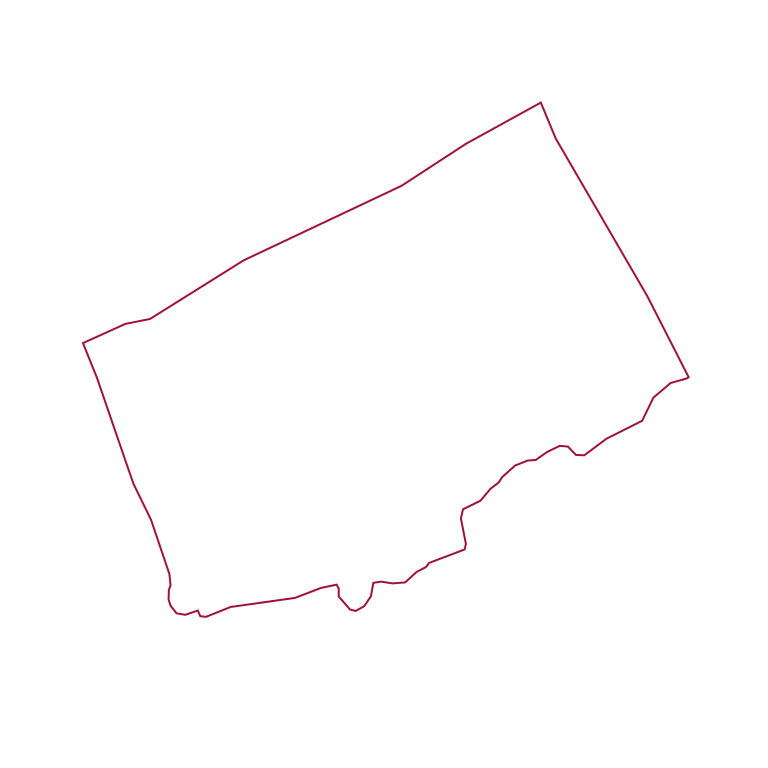 the district of As Eyla, Dikhil, Djibouti, rotated 337°
{"feature_id": "41766387B73347270872705", "entity_name": "As Eyla", "entity_type": "district", "adm_level": 2, "iso_a3": "DJI", "parent_name": "Djibouti", "parent_adm1": "Dikhil", "projection": "albers", "projection_center": [42.017, 11.095], "detail": "fine", "context": "isolated", "style": "outline", "palette": "rose", "viewbox_px": 768, "rotation_deg": 337, "n_neighbors": 0, "source": "geoboundaries", "source_scale": "gbopen_adm2", "svg_char_len": 1006}
<svg xmlns="http://www.w3.org/2000/svg" viewBox="0 0 768 768"><g transform="rotate(337 384 384)"><path d="M122.9,228.7L122.2,266.3L115.8,356.8L114.4,378.2L116.5,417.9L112.2,475.2L108.8,486.0L105.6,489.4L105.3,490.0L101.5,498.2L100.9,504.6L103.4,514.0L110.9,518.8L124.1,519.8L124.1,522.0L124.2,526.0L129.3,528.8L155.7,529.3L203.1,542.0L218.3,546.1L246.4,547.1L262.0,550.2L262.4,554.6L259.3,561.9L264.6,578.3L269.2,581.8L279.0,580.8L289.0,574.3L296.5,562.9L300.6,563.9L304.1,564.8L314.0,570.9L325.9,574.9L340.7,569.7L351.0,568.9L355.7,566.3L393.6,567.8L396.9,563.2L402.3,537.7L405.8,532.9L407.8,530.2L427.2,529.1L441.2,522.0L451.1,519.5L456.3,515.9L472.8,510.3L486.3,510.6L494.0,513.2L507.6,510.3L521.5,509.6L528.8,513.4L530.4,517.6L533.0,524.3L540.5,527.9L567.3,521.3L607.3,518.7L626.7,501.8L648.1,495.1L651.4,495.5L665.0,497.2L667.1,496.7L660.7,406.1L638.0,225.1L638.3,186.2L553.3,194.9L477.6,208.4L303.3,215.3L194.0,232.7L169.4,227.6L122.9,228.7Z" fill="none" stroke="#9f1239" stroke-width="2"/></g></svg>